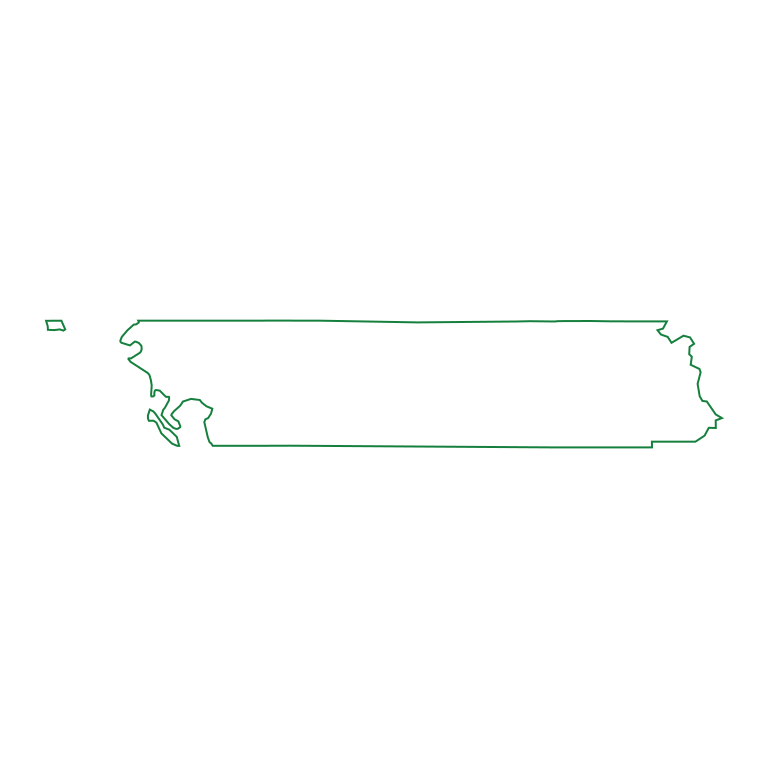 the district of Whatcom, Washington, United States of America
{"feature_id": "52423323B9068998137459", "entity_name": "Whatcom", "entity_type": "district", "adm_level": 2, "iso_a3": "USA", "parent_name": "United States of America", "parent_adm1": "Washington", "projection": "robinson", "projection_center": [-122.187, 48.822], "detail": "fine", "context": "isolated", "style": "outline", "palette": "green", "viewbox_px": 768, "rotation_deg": 0, "n_neighbors": 0, "source": "geoboundaries", "source_scale": "gbopen_adm2", "svg_char_len": 1860}
<svg xmlns="http://www.w3.org/2000/svg" viewBox="0 0 768 768"><path d="M695.4,441.7L704.6,435.6L708.8,427.8L715.8,428.0L715.7,420.4L721.9,418.1L715.7,414.4L706.8,401.5L702.4,400.9L699.7,396.3L697.6,383.9L700.6,372.3L699.5,369.0L690.7,364.8L691.8,356.7L689.2,354.2L689.6,346.9L694.1,343.8L690.0,337.4L683.5,335.7L671.5,342.8L667.7,336.9L660.9,334.5L657.5,330.2L663.0,328.6L666.9,321.4L631.6,321.4L609.1,321.3L590.7,321.0L562.0,321.1L556.7,321.2L556.1,321.4L554.5,321.5L530.0,321.2L516.1,321.5L417.4,322.4L321.2,320.7L278.8,320.6L235.9,320.7L235.4,320.7L138.3,320.7L138.8,321.7L138.7,322.6L136.0,324.4L133.8,324.6L127.5,330.2L121.8,336.9L120.3,340.8L120.6,342.0L121.5,342.8L130.0,345.4L134.8,341.6L136.0,341.8L138.9,343.0L141.4,345.8L141.7,349.1L141.1,351.1L140.1,352.6L131.0,358.4L128.6,358.4L128.4,359.0L130.5,361.8L147.9,373.1L149.5,375.1L150.9,380.2L151.7,385.4L151.1,394.6L151.4,396.4L153.3,396.4L154.4,395.4L154.3,393.4L154.6,391.4L155.0,390.6L155.9,390.0L159.7,390.6L165.4,396.3L166.2,396.9L168.9,396.9L169.2,398.1L168.8,400.7L164.9,407.8L163.3,409.7L161.5,415.1L169.0,423.9L173.4,427.9L176.2,428.9L177.7,428.8L180.2,427.2L180.3,426.3L178.4,421.4L174.6,419.3L171.3,415.3L171.6,414.2L174.2,411.0L180.0,405.9L182.5,402.3L182.8,401.6L191.0,398.9L199.8,400.0L201.9,402.7L206.1,406.0L206.7,406.4L212.3,408.7L211.7,411.1L211.0,413.6L208.1,418.1L205.4,419.3L204.3,422.1L207.8,437.3L209.5,442.0L211.3,443.6L212.7,445.8L258.7,445.8L288.6,445.7L290.1,445.7L553.8,447.4L652.0,447.4L651.9,441.7L695.4,441.7ZM147.9,415.6L148.0,418.5L148.9,420.8L153.5,420.7L156.4,422.6L161.4,433.4L172.0,443.6L177.1,445.8L179.2,445.9L176.8,436.9L169.4,429.7L164.3,427.7L162.7,424.3L155.3,413.6L153.3,411.4L149.8,409.6L147.9,415.6ZM46.1,320.8L47.7,326.2L47.9,329.8L54.3,330.1L59.8,329.4L63.4,330.6L65.2,329.4L61.4,320.7L46.1,320.8Z" fill="none" stroke="#15803d" stroke-width="2"/></svg>